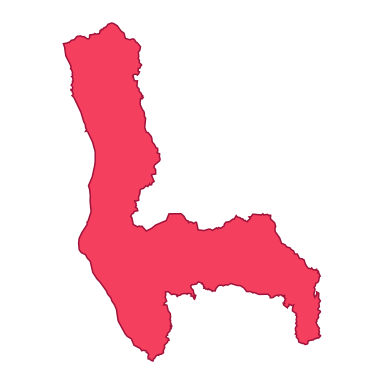 outline of West Santo, Sanma, Vanuatu
{"feature_id": "77236927B51416444743643", "entity_name": "West Santo", "entity_type": "district", "adm_level": 2, "iso_a3": "VUT", "parent_name": "Vanuatu", "parent_adm1": "Sanma", "projection": "orthographic", "projection_center": [166.82, -15.308], "detail": "fine", "context": "isolated", "style": "filled", "palette": "rose", "viewbox_px": 384, "rotation_deg": 0, "n_neighbors": 0, "source": "geoboundaries", "source_scale": "gbopen_adm2", "svg_char_len": 5953}
<svg xmlns="http://www.w3.org/2000/svg" viewBox="0 0 384 384"><path d="M320.2,276.2L318.8,272.9L317.8,272.8L318.5,271.7L317.7,270.5L316.5,270.2L316.5,269.3L314.9,270.0L313.3,269.8L311.7,268.1L311.4,268.8L307.9,268.1L305.3,264.0L304.1,260.0L302.1,258.8L299.5,258.5L297.3,254.0L294.8,254.0L293.5,250.8L291.2,249.6L290.1,247.9L286.6,246.9L285.1,244.8L281.5,243.2L279.6,237.8L275.2,231.6L274.9,228.5L275.7,226.5L274.6,222.8L270.4,218.8L270.7,215.3L269.9,215.1L269.1,215.7L267.5,214.4L263.7,214.9L262.9,213.8L261.4,214.9L252.9,214.2L251.1,216.6L249.0,216.9L250.3,218.7L247.7,220.8L247.5,221.7L245.4,221.1L245.0,220.3L243.8,220.5L242.7,218.8L241.7,219.1L240.1,217.7L237.4,217.0L236.2,215.6L234.3,219.0L232.8,219.1L229.4,221.7L225.8,222.2L224.3,224.2L224.2,225.8L220.7,228.3L218.7,227.5L217.8,228.7L216.6,227.8L212.4,230.4L210.6,229.3L208.8,229.1L204.2,230.6L198.1,229.8L196.5,222.4L195.7,222.2L193.5,223.5L192.3,222.4L190.2,221.9L188.5,222.6L188.4,221.1L186.1,220.2L183.9,216.2L181.0,213.7L169.0,213.8L166.3,220.5L155.8,225.0L151.6,228.3L146.2,231.0L142.0,226.2L140.5,226.6L139.4,226.0L137.5,226.8L133.3,224.5L131.8,217.4L130.6,216.4L132.0,213.8L133.3,213.4L134.3,211.4L137.8,210.7L137.0,208.2L135.4,207.3L136.4,205.6L135.9,205.1L136.2,203.5L135.1,202.4L134.8,200.8L136.3,201.0L138.7,200.3L138.6,196.9L139.9,193.5L139.5,192.3L140.1,191.9L139.9,190.4L141.2,188.9L143.3,188.5L146.2,185.7L147.8,186.6L149.5,184.1L149.7,184.9L151.5,184.8L152.3,182.5L154.1,181.6L151.5,175.1L151.8,174.6L155.7,174.0L155.6,169.5L153.9,167.4L154.6,165.0L159.6,160.8L160.1,159.1L159.4,156.8L159.6,153.7L157.2,152.9L157.8,150.6L157.6,148.4L155.8,147.4L154.5,144.6L152.2,141.9L151.8,138.0L151.1,136.3L148.0,132.5L146.4,132.3L144.7,127.7L145.6,118.3L144.4,116.2L144.4,113.2L143.6,111.0L142.6,110.0L140.3,105.0L140.1,101.6L140.6,99.9L140.3,98.8L141.0,98.4L142.2,98.8L143.3,97.2L142.0,96.5L142.6,95.4L141.5,94.8L141.1,93.1L139.1,91.3L139.1,89.1L136.9,86.4L137.4,80.8L135.7,81.0L134.1,80.3L133.7,78.0L132.8,77.1L133.3,76.6L132.8,75.5L133.8,74.6L135.1,74.2L137.0,74.5L137.3,75.1L138.5,74.0L139.5,71.8L138.2,71.3L138.3,68.4L139.9,68.1L140.5,66.1L141.5,65.4L141.5,64.7L139.3,62.8L139.3,60.1L138.2,58.4L138.8,56.6L138.3,52.2L139.8,50.3L140.5,46.7L137.0,42.5L136.1,42.3L134.3,39.4L133.0,38.9L129.5,39.7L125.4,38.4L124.0,33.2L120.9,30.9L117.2,25.7L113.6,23.5L111.6,23.0L107.9,24.4L106.4,26.7L103.7,28.0L102.7,29.5L101.3,29.3L100.9,30.6L100.1,30.6L99.6,33.5L96.2,34.2L94.8,33.5L93.8,34.4L90.0,34.8L89.5,35.9L89.8,37.3L88.7,38.9L87.0,38.7L84.1,36.6L83.1,36.9L80.4,35.9L77.7,36.3L76.8,36.6L74.3,39.7L71.3,40.3L69.9,41.8L67.2,43.0L63.4,43.7L64.6,47.2L65.8,55.9L70.7,65.4L71.0,68.1L70.5,68.8L71.3,69.3L72.6,72.5L72.2,73.8L72.7,75.8L71.6,76.6L72.5,77.4L73.2,80.7L72.4,81.2L72.7,82.7L71.2,85.2L72.6,86.7L72.7,88.1L72.1,89.6L70.9,89.5L71.1,90.2L72.2,90.5L72.0,91.4L73.1,93.2L73.1,94.6L72.0,95.6L73.9,97.4L81.0,112.4L83.7,121.5L85.3,124.7L85.6,127.8L86.6,129.5L86.3,130.9L85.9,130.7L85.6,131.3L86.9,131.0L87.8,131.9L92.6,142.1L95.2,151.7L95.2,161.4L94.6,166.0L92.2,177.1L88.5,185.7L89.6,189.3L90.3,195.1L90.1,201.1L91.1,211.8L88.1,221.0L87.0,222.2L87.2,224.4L81.9,232.6L79.2,238.3L78.6,243.1L79.2,249.7L81.2,252.5L85.5,254.7L87.4,258.2L90.3,261.4L92.8,272.4L96.8,278.6L100.3,282.4L106.2,290.6L107.8,294.2L111.0,298.1L111.8,300.8L114.5,304.9L116.4,309.2L118.0,320.1L118.5,321.5L118.9,321.0L118.6,321.8L125.2,333.8L127.2,336.3L131.3,338.8L134.1,345.3L140.3,348.4L141.7,350.7L143.4,350.3L146.4,351.0L146.4,352.4L147.5,352.8L148.6,354.3L147.9,357.2L148.3,359.0L149.6,358.9L151.0,360.3L153.0,361.0L153.6,358.9L154.6,358.3L156.1,355.8L157.6,355.0L158.6,355.3L158.6,354.6L161.5,354.1L163.5,352.7L163.3,350.6L164.7,347.6L164.4,345.1L167.3,342.4L167.7,340.9L169.1,340.2L168.4,338.4L166.9,337.9L166.0,336.9L166.6,335.5L167.6,335.2L167.4,333.6L169.9,331.0L170.0,329.1L171.2,328.7L170.8,327.4L171.8,326.7L171.6,325.7L170.4,325.8L171.2,324.2L170.4,322.3L170.6,320.2L169.8,319.3L170.6,317.7L170.3,313.6L168.2,310.8L166.9,305.2L164.8,304.5L163.7,304.9L164.6,302.8L166.7,301.1L165.1,297.0L165.8,295.1L165.5,292.0L168.3,291.6L171.6,294.6L173.5,294.1L176.8,294.8L176.9,296.2L177.5,296.5L177.9,295.5L180.0,295.3L182.1,293.8L185.7,293.5L187.1,294.2L187.5,293.4L190.2,293.6L191.2,294.1L191.0,296.1L193.6,296.2L193.4,297.4L194.4,297.6L193.8,298.6L194.6,299.2L195.8,295.4L195.0,295.2L193.8,293.6L193.2,290.1L191.6,288.5L190.6,286.4L191.6,284.9L196.5,284.0L198.2,281.9L202.0,283.0L201.6,283.7L203.2,284.5L203.7,286.8L204.4,286.9L203.9,288.2L204.9,288.0L205.7,289.1L206.9,288.9L207.8,289.6L208.9,288.7L209.3,289.7L210.7,289.8L212.2,291.3L212.6,290.8L215.1,291.0L216.0,288.5L218.4,285.6L221.6,285.0L223.1,285.9L225.7,284.8L227.8,285.1L230.8,283.5L237.4,285.5L240.5,285.7L244.2,288.2L246.7,291.6L251.0,291.6L252.8,292.9L254.4,292.5L258.9,294.4L267.9,294.2L270.1,296.2L270.3,297.8L272.7,297.6L276.0,295.4L277.3,295.3L278.6,296.0L278.7,295.3L280.2,294.7L282.2,295.5L282.5,296.6L282.6,295.8L283.8,295.4L283.7,296.4L284.6,296.0L284.5,298.0L285.6,299.0L284.2,301.8L284.6,303.4L283.2,303.2L283.6,304.9L287.4,307.8L287.7,306.7L288.8,306.1L289.1,304.3L292.1,305.6L293.6,305.0L292.5,308.4L292.5,311.0L296.4,313.6L295.8,315.2L296.9,316.1L296.2,319.5L296.6,322.2L295.7,323.2L297.1,325.9L295.9,326.9L295.4,328.3L295.6,331.0L296.4,332.0L295.3,334.1L296.7,334.8L296.3,337.0L298.2,339.1L298.9,342.1L302.4,343.5L304.0,343.6L305.0,344.5L307.1,344.1L307.9,343.1L308.2,340.8L313.6,339.8L314.3,338.8L315.8,338.8L316.9,337.8L318.0,338.2L319.1,337.7L320.6,335.8L319.5,334.5L318.8,334.8L318.6,333.9L319.5,332.0L318.8,329.6L319.4,328.2L317.9,326.5L316.0,322.5L317.0,321.2L316.6,320.1L318.6,317.5L318.2,314.7L320.4,311.9L320.0,310.8L317.9,309.8L318.0,308.7L319.4,306.7L318.8,303.4L320.4,300.9L318.6,298.4L318.8,293.2L316.7,292.0L316.9,294.7L316.1,295.1L316.1,296.0L315.1,296.1L314.8,297.1L313.9,294.7L315.0,289.1L314.1,287.4L315.4,285.6L315.6,283.4L317.6,282.5L318.6,281.1L319.4,276.5L320.2,276.2Z" fill="#f43f5e" stroke="#9f1239" stroke-width="1.5"/></svg>